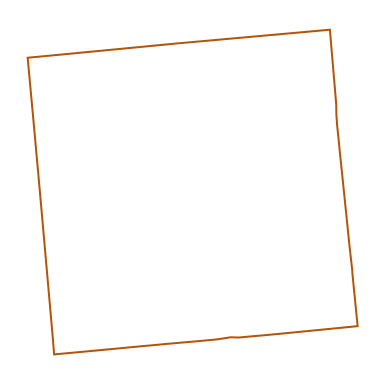 Tarrant, Texas, United States of America, rotated 84°
{"feature_id": "52423323B78708010643826", "entity_name": "Tarrant", "entity_type": "district", "adm_level": 2, "iso_a3": "USA", "parent_name": "United States of America", "parent_adm1": "Texas", "projection": "mercator", "projection_center": [-97.198, 32.771], "detail": "fine", "context": "isolated", "style": "outline", "palette": "amber", "viewbox_px": 384, "rotation_deg": 84, "n_neighbors": 0, "source": "geoboundaries", "source_scale": "gbopen_adm2", "svg_char_len": 568}
<svg xmlns="http://www.w3.org/2000/svg" viewBox="0 0 384 384"><g transform="rotate(84 192 192)"><path d="M45.0,37.9L42.7,188.9L41.3,341.4L110.8,342.3L136.8,342.7L158.5,343.0L178.9,343.3L311.0,345.5L327.3,345.8L330.9,345.9L339.1,346.1L339.9,279.0L340.1,258.2L340.3,246.3L340.4,233.9L341.0,200.5L341.0,200.3L341.2,182.1L340.5,168.9L341.6,160.9L341.8,146.7L342.0,135.9L342.2,118.1L342.7,41.3L289.3,41.0L286.1,40.8L264.2,41.0L256.3,41.0L224.9,40.9L170.3,40.8L154.4,40.7L140.5,40.7L129.8,40.3L119.9,39.4L45.0,37.9Z" fill="none" stroke="#b45309" stroke-width="2"/></g></svg>